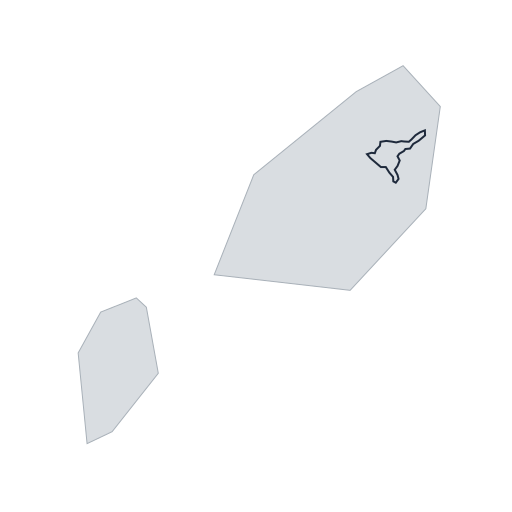 Luqa on a map of Malta (Robinson projection), rotated 277°
{"feature_id": "MLT-5964", "entity_name": "Luqa", "entity_type": "state/province", "adm_level": 1, "iso_a3": "MLT", "parent_name": "Malta", "parent_adm1": "", "projection": "robinson", "projection_center": [14.484, 35.851], "detail": "fine", "context": "in_parent", "style": "outline", "palette": "slate", "viewbox_px": 512, "rotation_deg": 277, "n_neighbors": 0, "source": "natural_earth", "source_scale": "10m", "svg_char_len": 862}
<svg xmlns="http://www.w3.org/2000/svg" viewBox="0 0 512 512"><g transform="rotate(277 256 256)"><path d="M462.8,378.8L426.8,420.7L323.6,418.8L233.4,353.6L232.3,216.8L336.4,243.9L431.4,335.5L462.8,378.8ZM191.8,153.4L127.7,173.3L64.1,134.6L49.2,111.2L138.1,91.3L181.4,108.7L199.8,142.3L191.8,153.4Z" fill="#d9dde1" stroke="#a8b0b8" stroke-width="1"/><path d="M359.5,369.1L367.1,357.6L370.6,353.8L372.5,358.0L372.5,361.4L376.0,362.2L380.4,365.6L384.5,365.6L386.1,371.3L386.1,376.7L385.8,381.3L387.7,386.2L387.7,388.9L388.0,393.8L390.6,396.1L395.3,399.6L398.8,403.8L401.3,408.3L396.3,409.1L390.2,403.4L386.4,398.4L381.4,395.8L380.4,391.2L378.2,390.0L375.0,385.8L372.2,384.3L368.3,387.0L362.6,385.5L358.5,383.2L353.7,386.6L349.9,388.1L345.8,385.8L346.8,383.2L351.2,382.4L355.0,378.2L360.1,374.0L359.5,369.1Z" fill="none" stroke="#1e293b" stroke-width="2"/></g></svg>